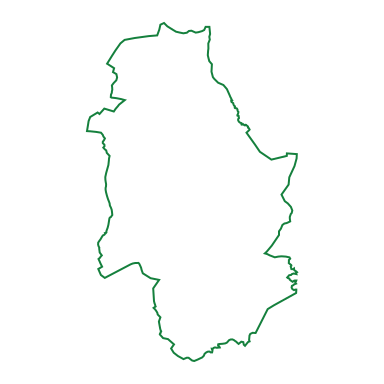 outline of Bebeji, Kano, Nigeria
{"feature_id": "59680162B69796164397605", "entity_name": "Bebeji", "entity_type": "district", "adm_level": 2, "iso_a3": "NGA", "parent_name": "Nigeria", "parent_adm1": "Kano", "projection": "mercator", "projection_center": [8.315, 11.538], "detail": "fine", "context": "isolated", "style": "outline", "palette": "green", "viewbox_px": 384, "rotation_deg": 0, "n_neighbors": 0, "source": "geoboundaries", "source_scale": "gbopen_adm2", "svg_char_len": 4912}
<svg xmlns="http://www.w3.org/2000/svg" viewBox="0 0 384 384"><path d="M296.1,293.0L296.3,290.5L296.3,289.6L295.3,289.6L294.0,290.1L292.4,289.1L291.6,287.6L291.9,285.9L293.4,285.1L294.2,284.3L296.1,283.6L295.3,282.4L295.0,281.4L296.1,281.1L296.3,280.5L295.4,280.5L294.3,280.6L292.6,281.8L291.0,280.7L289.8,279.7L289.3,278.5L287.9,278.1L287.2,277.5L289.2,275.2L291.0,275.0L291.9,274.1L293.7,273.5L296.4,274.1L296.0,272.8L297.0,272.2L296.2,271.4L295.2,270.9L294.2,270.0L294.0,268.5L293.1,269.2L291.4,269.1L290.7,266.5L291.4,265.7L291.2,265.0L290.1,264.2L288.8,263.1L288.9,261.6L288.9,260.0L290.2,258.7L289.5,257.4L287.7,257.0L285.9,256.6L281.5,256.3L278.3,256.6L274.8,257.3L269.6,255.3L267.3,254.1L264.9,253.4L266.7,251.7L271.8,245.6L279.0,235.0L279.0,231.3L280.9,228.7L282.4,225.0L284.4,223.5L286.5,223.1L287.7,222.6L290.2,221.4L289.9,219.4L289.8,218.2L289.8,216.9L290.8,214.0L291.7,213.0L292.3,210.5L290.9,206.9L287.8,203.4L284.8,201.2L281.5,194.6L288.6,184.6L289.3,177.3L294.5,166.1L296.6,158.4L296.8,154.1L286.9,153.4L286.8,155.9L271.4,159.6L259.9,151.8L255.0,144.6L250.0,137.6L246.5,132.7L249.0,130.3L249.6,129.6L248.9,128.2L248.2,127.9L247.9,127.4L248.0,126.6L247.3,125.9L246.6,125.5L246.1,124.9L245.4,124.8L244.9,125.4L244.3,125.2L243.0,124.1L242.5,124.5L241.9,124.7L241.5,124.5L241.5,124.1L241.4,123.1L240.1,122.7L238.9,121.7L238.4,120.8L238.1,120.0L238.2,119.2L238.4,118.7L238.9,118.3L238.9,117.5L238.7,116.9L238.7,116.3L238.6,115.9L237.8,115.8L237.4,115.6L237.4,115.0L237.8,114.3L238.1,113.4L238.3,112.6L238.4,111.9L237.9,111.4L237.7,111.0L237.5,110.4L237.5,109.7L237.1,108.8L236.6,108.3L235.6,108.2L235.0,108.1L234.7,107.7L235.0,106.6L234.7,106.0L234.0,105.6L233.5,104.5L233.2,103.1L232.2,102.4L231.6,102.1L231.4,101.5L231.2,101.0L231.8,100.7L232.2,100.4L231.7,99.8L231.3,99.4L231.3,98.6L230.5,97.3L229.5,94.9L226.9,89.1L223.4,85.0L218.1,82.7L216.3,80.9L214.2,78.8L212.9,77.1L211.5,71.7L211.9,64.2L209.3,61.2L208.5,58.2L207.8,55.2L208.1,50.8L208.4,48.6L208.3,43.4L209.8,39.6L209.3,36.8L210.1,34.0L209.4,26.9L205.6,26.9L204.2,30.0L202.1,31.1L198.3,32.2L195.7,32.6L191.4,30.7L188.9,31.0L186.9,32.7L183.4,33.3L179.9,32.6L176.0,31.7L173.9,30.4L173.2,30.0L167.3,26.3L164.0,23.0L160.4,24.7L159.3,29.6L157.2,35.4L148.8,36.1L134.8,38.0L124.6,39.9L120.4,43.4L115.4,50.5L112.0,55.8L107.1,63.7L114.1,68.2L113.0,72.1L116.4,74.1L117.1,77.5L116.3,80.3L113.7,83.0L111.9,85.4L112.2,87.7L112.2,88.5L112.3,89.4L112.2,90.2L111.9,91.3L111.8,92.8L111.0,94.6L110.8,97.2L111.5,97.6L114.3,97.9L116.5,98.2L121.2,99.1L124.8,100.1L119.1,104.6L117.8,106.3L115.7,108.7L113.8,111.5L104.3,108.6L99.5,114.0L97.6,112.5L90.2,117.0L88.6,121.1L88.0,125.0L87.0,131.1L90.3,131.3L96.1,131.9L101.0,132.7L102.8,134.9L103.4,136.5L104.9,138.4L104.1,140.0L102.8,141.8L102.8,143.1L104.4,144.7L104.5,146.2L103.3,147.6L104.9,149.4L106.2,150.4L106.8,152.9L109.6,155.9L109.0,158.7L108.9,160.3L108.4,165.0L106.2,172.9L105.3,177.1L105.4,179.8L105.7,181.9L106.1,184.2L106.0,186.4L105.6,187.9L105.6,189.7L106.0,192.1L106.9,195.6L107.6,197.9L108.1,199.4L108.9,201.4L109.6,203.3L109.9,205.6L110.9,207.6L111.7,209.8L112.0,212.0L112.3,215.0L111.7,215.8L110.9,217.0L109.8,217.6L109.4,218.5L108.4,224.8L107.8,227.1L107.5,228.2L107.0,229.4L106.6,230.6L106.3,231.7L106.4,232.4L105.9,232.8L105.1,233.0L105.4,233.5L105.1,233.7L104.4,234.7L102.8,235.5L101.9,236.9L100.4,239.5L99.6,240.5L98.2,242.6L98.1,244.6L98.6,246.3L99.3,247.6L99.2,248.6L99.5,250.9L99.7,252.5L101.8,255.4L100.5,256.8L100.2,257.5L99.2,258.4L98.5,259.0L99.7,261.6L100.4,263.3L102.1,266.7L98.3,269.0L100.9,275.0L104.8,277.9L130.5,264.4L132.7,263.5L135.2,263.0L137.1,263.0L138.4,262.9L139.2,263.7L139.8,264.9L140.5,266.4L141.1,267.8L141.6,269.9L142.8,273.3L150.6,278.2L159.1,279.9L153.2,288.4L154.0,301.2L154.5,303.1L154.5,303.3L154.8,303.9L155.0,304.5L155.2,305.1L155.2,305.3L155.3,305.6L155.3,305.8L155.4,306.1L155.5,306.3L155.6,306.5L153.6,307.9L155.0,309.3L156.0,310.6L157.3,312.7L157.7,314.5L160.4,317.3L158.9,321.6L160.2,328.8L160.6,330.2L161.2,331.3L161.0,331.6L160.7,331.9L160.6,332.1L160.6,332.6L160.7,332.8L160.5,333.0L160.2,333.3L160.0,333.5L159.9,333.9L159.8,334.4L163.1,338.1L168.0,339.1L174.0,344.4L171.1,348.5L173.7,352.7L177.9,356.0L183.5,359.1L185.4,358.3L186.9,357.7L188.6,357.8L190.4,359.2L192.1,360.5L194.2,361.0L197.6,359.6L200.1,358.4L202.1,357.5L203.8,355.8L204.6,353.8L206.4,352.3L208.0,351.6L209.7,351.6L210.6,352.4L212.1,352.4L212.5,350.6L212.0,349.4L211.8,348.7L212.9,348.8L213.6,347.9L215.0,347.4L216.9,347.8L218.0,347.6L218.9,347.6L219.7,347.5L219.2,346.4L218.1,345.5L218.2,344.3L219.3,344.0L222.4,343.8L225.2,343.4L226.8,342.7L228.0,341.4L229.0,340.2L230.6,339.5L232.3,339.4L233.8,340.0L234.7,340.7L236.2,341.7L237.5,343.0L238.6,343.9L241.3,341.7L243.3,342.1L243.8,344.7L245.0,345.8L247.0,343.3L248.2,341.9L249.6,341.4L249.1,340.0L249.5,335.5L250.3,333.9L252.6,332.8L255.6,333.0L267.7,309.1L273.9,305.3L296.1,293.0Z" fill="none" stroke="#15803d" stroke-width="2"/></svg>